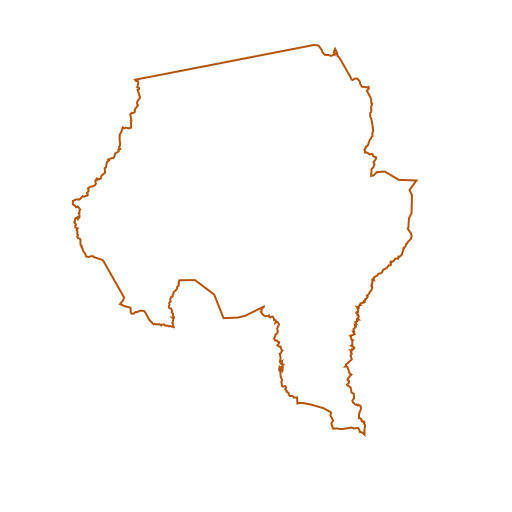 the district of Gurue, Zambezia, Mozambique, rotated 349°
{"feature_id": "85939544B52550879093260", "entity_name": "Gurue", "entity_type": "district", "adm_level": 2, "iso_a3": "MOZ", "parent_name": "Mozambique", "parent_adm1": "Zambezia", "projection": "robinson", "projection_center": [36.983, -15.463], "detail": "fine", "context": "isolated", "style": "outline", "palette": "amber", "viewbox_px": 512, "rotation_deg": 349, "n_neighbors": 0, "source": "geoboundaries", "source_scale": "gbopen_adm2", "svg_char_len": 6065}
<svg xmlns="http://www.w3.org/2000/svg" viewBox="0 0 512 512"><g transform="rotate(349 256 256)"><path d="M398.8,111.5L397.2,111.7L392.3,110.0L391.2,107.3L391.1,104.4L389.4,101.2L386.8,100.7L384.5,101.7L383.4,101.0L383.0,98.7L376.7,80.1L375.3,76.5L374.1,75.1L374.3,73.8L373.8,73.1L374.3,72.2L373.1,67.8L371.1,70.9L372.0,72.2L371.6,73.6L370.9,73.1L368.0,73.9L365.7,72.6L362.2,71.8L360.1,68.9L360.0,66.8L357.5,61.3L353.2,59.9L170.9,59.9L171.7,61.4L173.4,61.9L173.6,62.6L173.5,63.8L171.6,67.7L173.2,68.8L173.0,69.9L171.5,70.4L172.4,77.4L172.0,78.9L168.9,81.8L168.3,84.0L168.9,85.4L164.9,89.2L164.6,91.3L162.5,92.4L161.4,91.8L159.6,93.0L159.6,98.9L159.1,99.1L159.4,99.8L158.5,100.9L158.6,103.0L157.8,106.1L155.5,106.5L152.8,105.2L151.0,105.4L149.9,104.3L146.8,109.4L145.4,110.7L144.3,115.6L144.1,119.7L143.6,121.6L142.4,122.5L143.0,125.0L142.0,124.7L141.2,125.4L141.5,126.6L140.5,127.5L137.4,128.4L135.5,132.0L134.7,132.7L132.8,132.4L129.3,133.2L129.9,134.2L127.7,135.1L125.6,140.3L124.2,140.9L123.7,145.4L119.7,147.7L118.5,150.3L116.7,150.7L115.8,150.2L114.9,150.9L114.5,149.7L112.6,151.7L112.6,154.6L111.4,155.8L109.3,156.5L106.8,156.4L104.1,157.5L104.1,160.4L102.1,161.9L102.7,163.6L102.2,164.5L98.1,164.9L97.4,164.2L93.5,166.9L90.4,166.1L86.7,167.1L86.0,170.4L87.3,171.2L88.8,173.9L90.6,173.5L92.3,176.8L91.2,177.9L91.1,179.3L90.1,180.2L90.6,181.1L90.2,184.0L89.7,184.5L89.7,183.8L88.8,183.6L88.1,185.4L87.6,184.1L85.7,184.6L84.7,187.7L84.1,188.1L85.4,191.1L84.4,191.7L84.1,193.5L86.2,194.9L84.9,196.1L85.4,197.8L84.7,200.2L85.4,201.3L84.2,202.8L84.7,203.3L84.4,204.2L86.5,205.6L86.8,206.4L85.9,211.3L86.0,212.2L87.0,213.1L86.5,214.1L87.1,215.3L87.3,218.4L88.7,220.9L89.2,224.1L91.4,225.0L94.5,224.7L96.1,225.2L96.6,226.1L103.9,230.2L105.3,231.9L118.5,271.3L117.2,274.0L113.4,277.3L117.7,280.3L122.9,282.8L122.3,287.8L123.1,289.0L125.1,289.1L127.2,288.0L128.5,288.4L131.7,287.5L135.5,288.5L136.7,290.5L139.1,298.4L142.4,303.5L143.3,303.2L144.9,304.1L148.2,304.5L149.8,306.1L150.6,305.4L152.6,305.6L153.6,307.0L156.2,307.6L157.2,308.5L158.8,308.6L161.6,310.1L161.4,306.6L161.0,305.8L161.5,305.5L162.9,301.6L162.2,300.7L163.6,301.2L163.8,300.7L163.1,298.0L163.5,296.6L162.5,295.5L163.2,293.1L162.5,291.3L161.0,290.6L160.7,289.4L161.8,287.2L161.7,285.9L162.2,285.1L163.6,284.5L163.5,282.2L164.6,280.3L166.4,279.9L166.9,278.0L167.8,277.2L168.3,275.8L171.8,273.5L173.1,270.9L174.2,270.6L175.1,268.5L174.7,267.8L176.2,265.2L191.5,268.0L207.6,285.9L212.3,310.8L226.4,313.0L234.1,312.6L253.9,307.2L253.6,308.0L252.1,308.2L251.2,309.6L251.1,310.8L250.1,311.7L251.6,315.0L253.6,316.9L256.2,317.2L257.2,316.8L257.2,317.8L258.2,319.0L259.4,318.5L261.0,318.7L261.6,320.6L261.5,322.2L262.8,322.6L263.1,323.3L262.3,325.3L263.4,324.7L264.6,325.0L265.6,327.5L262.9,331.1L263.0,334.1L262.3,335.8L260.1,336.9L259.8,338.0L257.9,340.6L258.8,342.6L260.5,343.0L260.9,344.3L262.3,344.9L261.6,346.4L259.9,347.9L261.8,349.6L262.9,349.6L263.2,353.2L263.8,353.7L261.5,356.3L260.6,356.5L260.8,360.3L259.4,364.3L260.9,364.1L260.2,364.7L259.9,366.0L261.1,365.7L260.8,366.8L262.2,367.8L260.3,369.4L261.1,370.4L260.3,372.2L260.4,372.9L259.9,373.7L259.7,372.8L258.7,372.2L258.7,370.0L258.0,369.3L256.9,372.3L257.9,374.2L257.2,378.7L257.9,382.7L256.9,384.4L256.8,388.6L257.4,389.3L260.1,389.4L260.3,391.3L259.3,392.4L260.4,394.3L260.1,395.0L261.9,396.5L261.6,398.5L262.7,399.9L265.1,400.3L266.2,402.3L269.3,402.6L268.5,408.7L270.1,408.5L274.4,409.4L280.9,412.0L293.1,418.2L299.5,423.5L299.8,424.4L298.6,426.7L300.3,432.3L298.3,434.2L297.9,435.5L298.9,440.3L301.7,440.5L307.1,442.3L317.4,442.7L319.1,443.9L323.4,444.3L324.3,446.6L324.3,448.5L326.4,449.4L328.5,452.1L329.2,447.5L330.8,443.1L329.9,440.3L330.7,439.9L330.3,438.9L328.6,438.7L328.1,438.1L328.4,436.5L327.5,435.3L326.0,434.8L327.3,430.1L330.0,425.9L330.0,423.2L328.5,421.7L327.4,422.2L326.7,421.0L325.4,421.0L323.2,418.2L323.0,416.3L325.3,414.1L325.7,409.9L323.7,408.1L323.8,403.4L322.9,402.0L321.0,400.6L320.8,399.5L322.8,398.5L323.3,397.2L323.4,396.1L322.2,395.4L322.6,393.9L327.0,390.6L325.6,389.4L324.6,382.7L324.0,381.6L322.5,381.5L323.3,380.9L323.6,379.7L330.3,375.8L329.9,371.5L331.4,370.4L330.6,368.8L330.8,368.0L331.3,368.1L331.6,366.7L331.3,366.5L332.9,366.5L332.9,365.8L333.4,366.1L334.6,365.5L335.0,364.5L332.3,362.2L333.6,361.7L334.3,357.8L335.1,357.2L333.7,356.3L333.8,353.6L333.2,352.3L337.8,351.7L336.8,348.6L337.9,348.7L337.7,346.4L340.0,344.9L339.9,342.9L340.6,343.5L340.7,342.6L341.6,342.2L340.7,340.0L342.7,339.4L342.9,337.8L343.6,338.4L343.8,337.9L344.9,338.1L344.0,336.5L345.3,335.1L345.1,333.4L344.4,333.4L344.6,332.5L343.5,330.9L344.0,330.4L345.6,330.4L346.0,328.5L345.6,327.3L346.5,327.0L345.7,325.7L346.5,326.1L346.4,325.4L346.9,325.1L347.1,325.8L348.1,324.0L349.2,324.0L348.8,323.5L349.5,322.5L353.1,322.2L353.2,321.6L354.0,321.6L353.8,321.2L354.3,320.6L353.9,320.5L354.9,319.9L355.0,319.2L356.5,318.7L357.9,317.1L357.4,316.0L360.2,314.4L360.6,313.2L362.7,311.6L364.1,309.0L363.6,308.3L363.7,307.4L364.2,307.5L364.4,304.9L365.2,304.4L365.6,301.4L366.0,301.1L367.2,302.0L367.0,300.5L368.0,299.3L371.3,298.3L372.5,296.8L375.0,296.8L376.3,296.3L378.4,293.7L381.9,292.8L384.9,290.4L386.3,290.8L387.1,289.7L386.6,288.2L387.3,287.2L388.2,287.8L390.2,287.2L392.3,285.1L395.0,285.7L395.7,283.8L396.6,284.2L399.6,282.4L399.9,281.0L401.7,278.7L401.7,277.6L402.6,276.8L402.5,276.2L404.4,275.3L406.0,272.6L406.8,272.6L407.6,271.3L411.4,268.7L412.5,266.6L412.6,263.8L410.1,258.1L410.9,257.4L413.4,248.1L416.8,243.7L420.7,226.3L419.3,220.5L427.9,212.5L410.7,208.5L398.6,197.7L390.7,196.7L386.9,199.3L384.3,199.4L386.0,192.7L388.0,191.4L389.9,188.3L389.3,186.4L391.9,184.0L392.8,182.2L390.0,180.2L389.9,178.6L389.1,177.9L386.8,178.0L386.1,176.8L384.2,175.4L382.7,175.2L383.0,173.5L382.6,172.4L384.2,171.1L384.2,170.3L384.9,169.5L386.0,169.4L387.2,168.3L389.1,164.9L392.6,160.8L393.2,160.6L393.7,157.3L394.8,156.1L395.4,148.0L395.3,143.4L394.7,140.9L395.4,137.4L396.7,136.3L397.5,131.5L399.2,128.7L398.3,127.6L399.0,124.5L398.3,121.1L396.3,114.9L398.6,113.4L398.8,111.5Z" fill="none" stroke="#b45309" stroke-width="2"/></g></svg>